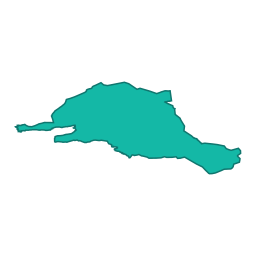 Ørskog nor, Møre og Romsdal, Norway
{"feature_id": "86288312B31017239945246", "entity_name": "Ørskog nor", "entity_type": "district", "adm_level": 2, "iso_a3": "NOR", "parent_name": "Norway", "parent_adm1": "Møre og Romsdal", "projection": "robinson", "projection_center": [6.912, 62.479], "detail": "fine", "context": "isolated", "style": "filled", "palette": "teal", "viewbox_px": 256, "rotation_deg": 0, "n_neighbors": 0, "source": "geoboundaries", "source_scale": "gbopen_adm2", "svg_char_len": 5414}
<svg xmlns="http://www.w3.org/2000/svg" viewBox="0 0 256 256"><path d="M101.0,82.7L95.5,85.3L93.5,86.1L93.0,86.4L92.3,87.0L92.1,87.4L92.0,87.8L91.8,88.1L91.4,88.4L91.0,88.5L89.9,88.7L88.4,89.1L87.1,89.6L86.7,89.9L86.5,90.1L86.4,90.9L86.2,91.1L86.2,91.3L86.1,91.5L85.3,92.1L84.4,92.6L78.0,95.4L74.5,96.9L70.0,98.5L67.0,99.3L66.4,99.5L66.1,100.3L66.0,100.9L65.5,102.2L65.1,103.0L64.5,103.8L63.7,104.6L62.7,105.3L61.5,106.4L60.2,107.2L58.4,108.6L55.0,110.9L54.6,111.4L54.4,111.8L52.5,114.0L52.0,114.9L52.0,115.3L52.0,115.6L51.5,116.0L52.4,118.3L52.5,118.8L52.7,119.2L53.5,122.6L52.4,122.6L44.4,122.5L41.7,123.3L38.9,123.9L38.0,124.4L34.7,125.8L33.0,126.3L32.0,126.7L29.8,126.6L28.5,126.5L27.3,126.0L25.9,125.3L24.8,124.4L24.7,124.4L24.4,124.6L22.6,124.8L22.1,125.0L21.5,125.1L21.5,125.4L20.9,125.5L20.3,125.5L19.4,125.4L18.8,125.2L17.6,125.3L18.0,126.0L17.4,126.0L17.4,126.4L16.5,126.5L16.2,126.7L15.4,126.8L15.5,127.0L16.3,127.2L16.9,127.6L17.2,127.6L17.5,127.5L17.6,128.0L17.8,128.4L17.2,128.4L17.1,128.9L17.1,129.1L17.4,129.3L17.6,129.8L18.2,129.9L18.3,129.9L18.7,130.5L18.8,130.7L18.2,130.7L18.3,131.6L19.8,131.4L19.9,131.5L20.1,131.9L21.0,131.9L20.9,131.3L21.5,131.3L21.5,130.8L21.8,130.9L22.1,130.9L22.4,130.7L23.9,130.6L24.2,130.8L24.5,130.8L25.3,130.7L25.5,130.3L25.6,130.2L28.6,130.2L29.4,130.0L31.5,129.9L32.1,129.7L36.5,129.7L38.3,130.0L38.9,130.1L40.4,130.1L41.0,129.9L42.4,129.9L43.3,130.0L44.2,130.0L45.1,130.2L45.7,130.4L47.8,130.3L48.9,130.1L50.4,130.0L50.4,129.6L51.0,129.5L51.1,129.4L51.4,128.9L51.5,128.8L52.4,128.8L52.6,128.7L52.4,128.2L53.0,128.1L53.5,127.9L53.8,127.7L55.9,127.1L59.4,127.0L61.2,127.4L61.8,127.5L62.1,127.5L63.3,127.1L64.4,126.9L65.0,126.9L65.5,126.6L66.2,126.7L66.3,126.9L66.3,126.7L67.1,126.7L67.4,126.7L67.8,126.5L69.2,126.3L70.0,126.2L70.9,126.1L71.4,125.9L72.3,125.6L73.7,125.4L73.9,125.4L74.2,125.4L74.3,125.9L74.3,125.3L75.1,125.3L75.3,126.7L74.8,126.7L74.7,126.6L74.5,126.1L74.4,126.1L74.6,126.7L74.8,126.8L74.9,127.0L74.3,127.6L73.4,128.0L73.5,128.1L74.4,128.1L74.6,128.1L74.8,128.0L75.1,128.2L75.4,128.8L75.9,129.5L76.1,130.0L75.9,130.1L75.7,130.3L75.1,130.5L75.1,131.0L74.9,131.2L74.7,131.3L74.4,131.6L72.9,132.6L72.6,133.0L71.1,133.7L67.4,134.3L66.0,134.4L62.7,135.4L60.9,135.6L60.1,135.7L57.4,135.8L55.1,136.6L55.1,137.6L54.6,138.2L54.6,140.1L54.7,141.8L55.8,142.1L56.7,141.7L58.4,141.6L61.6,141.9L63.0,142.2L65.5,142.0L67.0,142.2L67.7,141.9L74.0,140.1L74.8,140.5L77.1,140.0L78.1,140.6L78.8,140.9L79.5,140.7L80.7,140.9L81.3,141.3L82.4,141.7L84.6,142.5L86.4,142.5L87.6,142.0L88.7,142.0L90.0,141.8L90.1,141.6L91.2,141.0L92.9,140.5L93.6,140.2L95.5,140.1L98.5,140.5L100.0,140.5L101.1,140.2L107.3,141.2L108.7,143.7L111.2,144.5L111.7,145.0L111.5,145.3L111.5,145.7L111.7,146.4L112.6,146.4L112.4,146.6L112.3,146.9L113.2,147.0L113.8,147.0L114.7,146.8L115.0,146.8L115.9,147.0L116.7,147.0L116.8,147.4L117.4,147.4L117.4,147.7L116.9,147.7L116.5,147.6L116.9,147.9L116.9,148.1L116.8,148.5L116.2,148.6L115.7,148.7L115.1,148.8L114.5,148.9L114.4,149.4L114.4,149.6L114.7,149.7L115.0,150.1L115.2,150.6L115.8,150.7L116.4,150.9L116.7,151.0L117.3,151.2L118.1,151.2L119.0,151.4L119.3,151.5L119.9,151.6L120.0,152.1L120.6,152.2L120.9,152.4L121.5,152.5L121.3,152.6L121.3,152.8L121.9,153.2L122.1,153.5L123.6,153.7L123.6,154.0L124.2,153.9L124.5,153.9L124.6,154.0L125.0,154.4L126.0,154.5L126.2,154.9L126.5,155.2L126.8,155.4L127.0,155.7L128.1,155.9L128.3,156.4L128.6,156.6L128.9,157.1L129.0,157.7L129.2,157.8L130.0,157.7L132.2,154.9L133.9,155.2L134.2,155.5L137.2,155.0L138.9,154.5L141.6,155.9L143.1,156.1L147.1,157.1L149.0,158.2L156.3,158.1L161.1,157.8L164.5,156.7L166.7,157.4L172.1,157.3L176.1,156.8L177.6,158.4L180.8,158.1L181.3,157.9L184.6,157.1L196.7,164.1L202.4,166.9L202.8,167.3L205.6,170.3L207.1,171.7L208.7,173.3L209.6,173.7L212.1,173.6L215.5,172.9L221.4,170.5L223.5,169.5L224.5,169.2L230.9,168.9L232.4,167.8L233.1,166.7L233.8,164.1L236.0,163.4L239.4,162.2L239.8,160.2L240.0,158.6L238.0,156.7L237.6,156.2L237.5,155.9L237.6,155.5L240.6,153.4L240.5,150.7L238.9,148.9L238.4,148.3L233.0,149.8L231.1,150.3L228.9,149.7L226.2,148.6L224.3,146.0L217.3,144.6L212.5,144.0L204.8,143.2L201.5,143.7L201.4,143.5L201.4,143.3L201.3,143.1L201.1,143.0L200.9,142.9L200.4,142.6L200.2,142.4L200.0,142.2L199.9,141.9L199.3,141.4L198.8,140.9L198.0,140.4L197.8,140.1L197.6,140.0L197.7,139.8L197.6,139.7L197.4,139.6L197.1,139.4L197.1,139.1L196.7,138.9L196.6,138.7L196.3,138.7L196.1,138.6L195.7,138.5L195.5,138.4L195.2,138.5L194.9,138.4L194.7,138.3L194.1,138.1L194.1,137.9L193.8,137.9L193.6,137.8L193.6,137.7L193.4,137.6L191.4,135.8L183.9,130.9L184.5,126.1L181.8,121.7L180.9,120.2L180.0,118.2L175.2,114.4L174.6,109.3L174.8,109.2L175.0,108.7L174.8,108.6L174.4,108.5L173.8,108.3L173.4,107.9L173.3,107.6L173.1,107.3L172.9,107.0L173.0,106.8L172.9,106.5L172.8,106.0L172.7,105.7L172.2,105.5L171.6,105.2L171.1,105.1L170.5,104.7L170.2,104.7L169.8,104.5L169.5,104.3L169.2,104.3L169.1,104.1L168.7,104.0L168.5,103.8L168.4,103.8L168.1,103.8L167.9,103.6L167.6,103.5L164.9,102.0L165.0,101.9L165.3,101.8L165.7,101.7L166.1,101.8L166.3,101.8L166.5,101.8L166.9,101.6L167.6,101.4L167.9,101.3L168.1,101.2L169.3,101.3L169.6,101.2L169.8,101.0L170.3,101.1L170.7,101.0L171.0,100.9L171.3,100.7L171.5,100.7L170.1,90.8L168.3,91.0L165.6,90.8L164.7,90.9L161.1,92.0L159.7,92.6L156.7,93.6L149.6,91.1L140.0,88.3L137.0,89.3L128.9,83.8L128.4,83.6L124.4,82.3L107.5,85.6L103.6,84.9L101.0,82.7Z" fill="#14b8a6" stroke="#0f766e" stroke-width="1.5"/></svg>